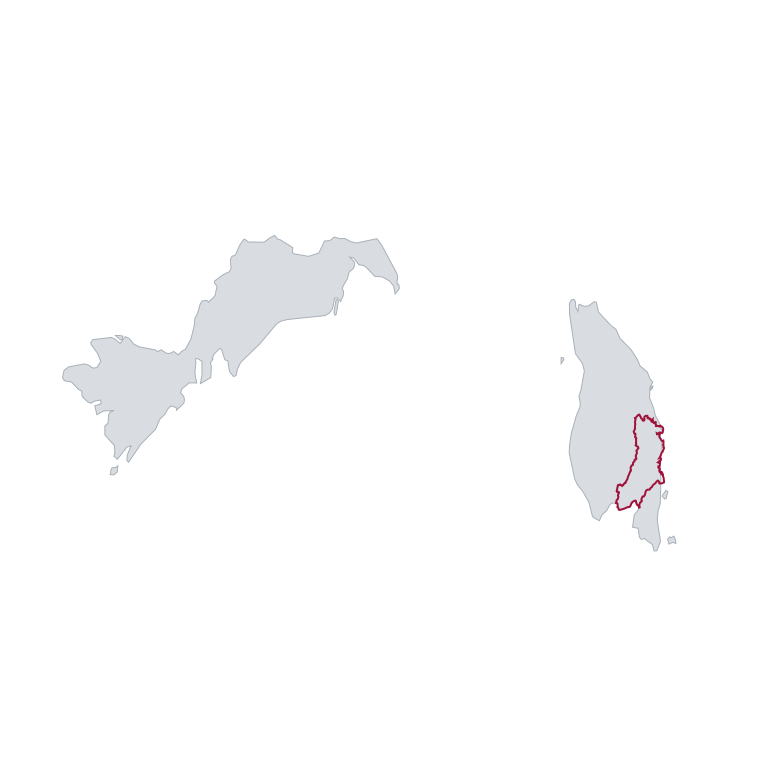 Malaysia, with Perak highlighted, rotated 191°
{"feature_id": "MYS-1137", "entity_name": "Perak", "entity_type": "State", "adm_level": 1, "iso_a3": "MYS", "parent_name": "Malaysia", "parent_adm1": "", "projection": "equal_earth", "projection_center": [101.191, 4.79], "detail": "fine", "context": "in_parent", "style": "outline", "palette": "rose", "viewbox_px": 768, "rotation_deg": 191, "n_neighbors": 0, "source": "natural_earth", "source_scale": "10m", "svg_char_len": 9415}
<svg xmlns="http://www.w3.org/2000/svg" viewBox="0 0 768 768"><g transform="rotate(191 384 384)"><path d="M646.9,381.1L642.9,380.1L637.3,375.5L631.5,373.8L615.0,373.8L612.6,372.4L609.3,375.1L603.6,372.7L600.3,373.0L596.6,375.8L591.4,373.3L588.9,377.4L585.6,380.1L582.1,391.2L581.4,404.5L582.1,412.7L580.5,417.2L579.8,426.5L578.6,430.6L574.0,432.3L571.9,431.0L567.7,436.7L566.7,439.0L566.6,448.0L569.8,451.0L569.8,452.9L563.0,460.4L557.1,464.8L556.2,468.6L558.6,476.6L557.6,480.3L554.5,482.2L552.2,492.4L549.4,498.9L548.4,499.6L544.3,497.5L528.6,500.4L524.0,505.7L519.6,509.0L516.0,505.8L514.2,506.1L499.6,500.4L499.0,495.4L497.5,494.6L482.4,494.9L473.0,500.1L469.6,513.0L464.6,514.4L460.9,518.8L454.3,518.3L450.3,519.5L444.0,517.4L438.0,517.1L418.7,525.3L412.5,519.5L393.7,496.5L391.1,492.5L390.5,485.4L388.4,484.1L387.6,482.3L387.3,480.2L390.2,474.5L393.2,481.9L397.9,486.0L405.9,488.8L413.6,487.9L424.1,495.4L427.6,496.6L431.2,496.1L437.8,501.8L441.9,502.0L436.5,498.1L435.6,495.0L436.1,491.7L439.6,487.1L440.1,479.9L442.7,472.9L443.3,469.6L441.3,467.1L440.9,462.7L442.4,456.7L445.9,459.8L448.9,459.0L448.9,448.0L451.1,443.3L454.7,440.0L490.7,429.0L496.6,426.4L500.6,423.1L513.5,399.8L528.8,377.9L530.8,370.2L530.7,364.7L531.6,363.4L533.3,362.7L536.7,365.5L538.5,367.7L541.7,377.1L544.8,377.4L549.8,386.4L551.0,387.5L552.5,386.9L556.4,381.1L557.5,376.9L556.6,376.3L558.4,371.4L556.8,368.3L555.3,357.2L564.3,349.3L564.4,358.4L567.0,371.5L571.6,373.4L573.9,372.6L572.6,368.6L572.1,360.9L570.8,355.8L568.0,349.3L575.5,347.9L581.3,340.9L582.1,336.5L578.4,333.9L576.9,330.6L576.8,327.0L582.7,318.7L583.4,321.1L587.1,321.8L589.0,321.6L591.5,318.2L592.8,313.4L597.3,306.6L599.7,295.8L611.1,278.7L619.9,258.4L621.8,260.0L622.4,265.5L620.5,275.1L624.5,272.8L631.3,259.3L635.3,261.5L635.1,265.2L636.8,272.0L648.3,280.8L650.0,289.6L647.4,292.9L648.4,301.4L647.6,304.0L643.9,306.5L654.1,304.0L660.0,299.1L663.7,307.4L657.9,310.7L659.2,314.2L664.7,312.1L668.1,309.2L671.4,309.9L676.7,313.2L678.3,315.2L679.3,319.2L683.2,320.6L691.1,326.3L698.3,326.2L700.8,329.0L700.7,336.3L696.9,340.6L682.1,346.5L678.2,346.3L672.7,344.1L668.8,345.4L666.4,352.4L671.0,359.4L678.7,366.6L679.8,368.4L678.3,372.0L660.9,377.6L657.3,377.0L650.8,373.6L646.9,381.1ZM82.5,282.2L84.4,272.2L87.1,271.7L89.8,277.5L99.0,282.0L101.7,280.5L103.0,281.4L104.3,282.9L106.9,290.8L112.7,290.9L113.4,303.3L110.7,308.1L110.3,311.4L114.6,317.2L117.1,315.8L119.2,310.6L128.9,305.4L132.8,311.1L136.5,311.0L139.1,309.0L141.2,302.3L145.0,297.2L146.5,290.9L152.1,292.6L154.2,294.0L160.5,307.4L168.8,316.9L175.0,322.1L178.7,327.2L189.0,351.5L190.2,359.3L190.7,371.4L189.2,389.5L187.3,398.6L187.7,402.8L190.3,409.4L189.5,415.6L189.8,435.0L193.0,441.9L201.9,450.4L215.1,487.8L217.4,498.3L216.1,502.3L213.7,503.4L211.8,501.3L210.5,496.2L207.4,492.1L207.8,499.5L202.1,498.5L198.1,499.7L193.5,504.8L191.2,504.9L187.2,495.5L172.3,484.7L166.8,482.0L161.0,473.8L148.0,464.8L139.7,456.1L136.2,450.7L127.7,445.9L124.1,440.2L120.5,437.1L122.4,431.6L120.6,421.0L114.6,411.5L111.7,404.9L106.1,398.2L101.7,390.0L104.3,387.5L100.0,378.7L98.5,372.2L98.5,360.1L93.9,343.0L90.0,319.4L90.7,311.1L89.7,302.1L82.5,282.2ZM631.6,250.7L629.7,253.0L629.1,246.6L631.7,243.3L635.5,242.7L635.6,248.4L634.8,249.9L631.6,250.7ZM73.7,281.2L76.0,285.8L74.3,288.5L72.9,287.8L70.4,290.0L67.6,285.5L67.2,283.2L70.5,283.6L73.7,281.2ZM447.2,457.6L446.2,458.1L444.6,456.6L444.2,443.4L445.3,442.2L446.8,444.8L447.2,457.6ZM89.6,327.1L87.1,333.3L84.8,332.6L85.2,325.5L86.5,324.6L89.6,327.1ZM656.9,380.4L652.4,381.2L649.3,381.1L649.7,377.6L651.2,377.1L656.9,380.4ZM215.2,443.8L212.7,443.9L212.2,442.2L214.0,437.7L215.2,443.8ZM121.2,432.6L119.6,433.4L119.8,430.7L121.0,429.1L121.2,432.6Z" fill="#d9dde1" stroke="#a8b0b8" stroke-width="1"/><path d="M110.0,311.3L110.3,311.8L110.7,312.9L110.9,313.2L111.2,313.4L111.8,313.3L112.1,313.4L112.9,314.1L113.5,315.0L114.0,316.1L114.3,317.2L114.9,317.5L115.8,317.2L117.3,315.9L117.8,315.3L118.2,314.5L118.5,313.6L118.6,312.7L119.0,310.7L120.0,310.0L121.2,309.7L122.5,308.9L123.6,307.9L128.2,305.5L128.9,305.3L129.6,305.5L130.1,306.4L130.3,306.9L130.5,307.3L130.7,307.5L131.1,307.6L131.4,307.7L131.4,308.1L131.3,308.5L131.3,308.9L131.9,310.9L132.4,311.6L133.1,311.8L133.5,311.6L133.5,311.8L133.5,314.1L133.4,314.7L132.9,315.1L132.7,315.5L132.5,315.8L132.4,316.3L132.4,317.2L132.4,317.8L132.5,318.3L132.9,318.7L133.0,318.9L133.1,319.6L133.1,320.1L132.8,321.2L132.6,322.0L132.6,322.4L132.7,322.5L133.2,322.5L133.6,322.8L134.2,322.5L134.5,322.7L134.9,322.8L135.0,322.9L135.2,323.3L135.2,323.6L135.2,324.0L135.1,324.7L135.0,325.1L135.2,326.2L135.1,326.8L135.0,328.1L135.2,328.7L135.1,328.9L135.1,329.2L135.0,329.3L134.4,329.8L134.2,329.9L133.8,329.8L133.5,329.8L133.2,329.9L132.9,330.4L132.1,330.0L131.5,329.9L131.1,329.4L130.9,329.3L130.4,329.9L129.8,330.5L129.7,330.7L129.8,331.2L129.7,331.4L129.6,331.6L128.9,332.4L128.7,333.0L128.1,333.0L127.9,333.9L127.7,334.6L127.6,335.4L127.0,336.9L126.9,338.3L126.8,338.6L126.8,339.5L126.6,340.2L126.6,340.8L126.5,341.1L126.1,342.2L126.0,343.6L125.7,344.3L125.7,345.2L125.5,345.5L125.0,346.1L125.2,346.8L125.6,347.3L125.7,347.5L125.9,349.3L125.8,349.8L125.5,351.1L125.4,351.3L124.6,351.6L124.2,352.3L124.2,352.6L124.4,353.3L124.5,353.7L124.5,354.0L124.4,354.1L124.2,354.6L124.0,355.3L123.9,355.4L123.6,355.5L123.4,355.7L123.4,355.8L123.5,356.8L123.5,357.3L123.5,357.6L123.4,357.7L122.9,357.7L122.4,358.0L122.0,358.8L122.6,360.0L122.9,360.6L123.2,361.8L122.7,363.5L122.6,364.2L122.9,365.5L123.3,366.1L123.4,366.5L123.4,366.9L123.1,367.2L122.6,368.6L122.3,369.1L122.0,369.7L122.4,370.1L122.7,370.8L122.9,371.0L123.0,371.0L123.2,370.9L124.7,371.5L125.1,371.6L125.3,371.9L125.3,372.3L124.9,373.5L125.0,373.7L125.4,374.2L125.5,374.6L125.6,376.4L125.8,376.9L126.0,377.3L126.1,377.5L126.0,378.2L125.9,378.7L126.0,378.9L126.0,379.0L126.4,379.3L126.9,379.5L127.5,379.8L127.5,380.0L127.4,380.2L127.4,381.0L127.5,382.2L127.8,383.0L128.3,382.7L128.7,383.1L129.0,383.5L129.8,384.9L129.1,387.6L129.0,388.3L129.1,388.5L129.4,389.0L129.5,389.4L129.7,392.6L129.9,393.3L130.2,393.9L130.4,394.3L130.4,395.1L130.3,396.9L130.3,397.3L130.4,397.5L130.6,397.6L130.9,397.8L131.2,398.4L130.6,398.7L130.4,399.0L129.2,401.2L128.5,402.1L128.2,402.4L127.8,402.6L127.6,402.7L127.3,402.6L127.0,401.8L126.5,401.5L126.3,401.2L125.8,400.9L125.6,400.2L125.2,399.5L125.0,399.4L124.4,399.2L124.2,399.1L123.6,398.6L123.5,398.3L123.4,398.0L123.2,397.7L122.9,397.5L122.6,397.5L122.2,397.5L121.8,397.7L121.7,397.9L121.5,398.6L121.5,398.8L121.8,399.3L122.1,400.7L122.1,401.4L121.8,402.0L121.1,402.6L120.8,402.7L120.0,402.9L119.5,403.0L119.2,402.8L119.1,402.5L118.9,401.9L119.0,401.1L118.7,400.8L118.0,401.2L117.9,401.2L117.4,400.6L116.9,400.8L116.7,400.9L116.3,400.3L116.1,400.0L115.9,400.0L115.8,400.3L115.6,400.3L115.5,400.0L115.5,399.8L115.5,399.6L115.2,399.3L114.9,399.8L114.4,400.1L114.0,400.0L113.8,400.0L113.6,400.3L113.6,399.8L113.6,399.5L113.6,399.4L113.8,399.4L114.1,399.5L114.3,399.4L114.3,399.2L114.0,398.9L113.9,398.2L113.7,398.3L113.5,398.6L113.2,398.9L113.1,399.2L113.0,399.3L112.9,399.3L112.8,398.5L112.9,398.0L112.8,397.8L112.6,397.8L112.3,397.9L112.0,397.9L111.9,397.8L111.7,397.3L111.6,397.2L111.4,397.2L111.2,397.4L110.8,397.5L110.7,397.5L110.5,398.2L110.4,398.4L110.1,398.5L109.9,398.4L109.8,398.1L109.8,397.8L110.1,396.9L109.9,396.5L109.1,395.9L109.1,395.5L109.1,394.9L109.1,394.6L108.6,394.6L107.7,394.9L106.5,395.1L105.8,395.4L105.9,395.0L105.5,394.8L104.8,395.0L104.5,395.1L104.3,395.3L104.0,395.5L103.2,395.2L102.3,394.6L101.9,394.3L101.5,393.6L101.3,392.9L101.2,392.1L101.2,389.9L101.4,389.2L101.8,388.9L103.9,389.0L104.5,388.9L105.0,388.0L105.6,387.7L106.2,387.5L106.8,387.7L106.4,386.7L105.7,386.8L104.9,387.4L104.5,387.7L103.7,387.6L103.6,386.9L103.7,385.9L103.7,384.7L103.3,384.2L101.7,382.6L101.1,381.9L100.5,381.3L99.8,381.1L99.0,381.7L98.7,380.8L98.4,379.4L98.3,378.1L98.5,377.5L98.0,377.3L97.8,376.8L97.8,376.1L97.7,375.4L97.3,374.9L97.0,374.9L96.9,374.6L97.0,373.6L97.3,372.5L97.4,371.9L97.5,371.1L97.6,370.5L98.2,369.9L98.4,369.3L98.5,368.1L99.0,365.3L99.5,364.1L99.0,364.4L98.4,364.2L97.9,363.6L97.7,362.8L97.8,361.9L98.1,361.1L98.5,360.7L99.0,361.1L99.3,360.5L99.5,360.0L99.8,359.6L100.1,359.3L99.4,359.1L98.6,359.5L98.1,359.5L97.9,358.3L97.8,356.1L98.1,355.6L99.0,355.5L99.0,355.2L98.4,354.9L98.6,354.2L97.9,353.7L97.6,353.6L97.4,353.8L97.2,353.7L97.0,353.1L97.0,352.5L97.3,351.7L97.3,351.3L97.1,351.1L96.8,351.1L96.5,351.0L96.4,350.4L96.0,350.6L95.7,350.7L94.9,350.7L94.6,350.5L94.7,350.1L95.1,349.8L95.3,349.8L95.2,349.2L94.9,348.9L94.5,348.4L94.2,348.2L93.8,348.3L93.5,348.6L93.3,348.9L92.9,348.3L92.4,346.5L91.6,345.3L91.4,344.4L90.9,342.9L90.6,342.3L90.4,341.3L90.4,340.9L90.5,340.9L90.8,340.8L91.7,339.7L94.1,339.0L94.5,338.9L94.9,339.1L95.1,340.3L95.3,340.6L95.8,340.9L96.4,341.4L96.6,341.4L96.8,341.4L97.1,341.3L97.6,340.4L98.1,339.8L98.5,338.7L100.8,335.9L100.9,335.6L101.1,334.8L101.3,334.1L101.6,333.8L102.5,332.8L102.6,332.6L102.7,332.0L103.0,331.2L103.3,331.0L104.4,330.8L105.5,330.3L105.7,330.2L106.2,329.5L106.5,328.8L106.7,327.5L106.7,326.4L106.8,324.7L107.0,324.1L107.5,323.2L107.9,323.3L108.3,323.2L108.7,322.6L108.9,322.2L109.1,321.5L109.2,321.0L109.3,319.5L109.2,319.2L108.8,318.9L108.7,318.8L108.6,318.3L108.7,317.9L109.0,317.6L109.2,317.2L109.4,316.9L109.8,316.6L110.0,316.3L110.4,313.5L110.3,313.3L109.9,312.9L109.6,312.4L109.5,311.6L109.6,311.4L110.0,311.3Z" fill="none" stroke="#9f1239" stroke-width="2"/></g></svg>